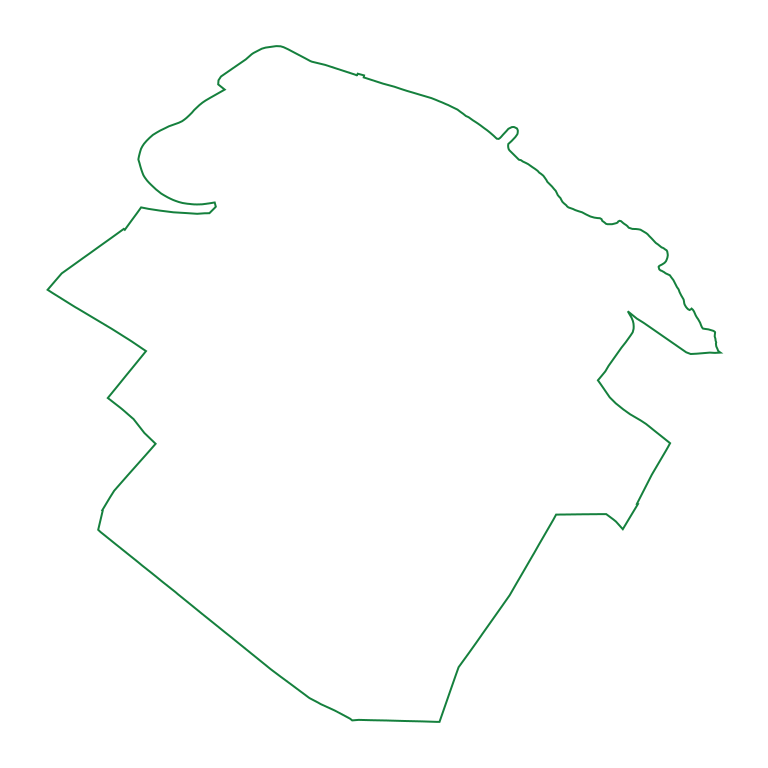 Comuna 14, Ciudad de Buenos Aires, Argentina (Albers equal-area conic projection)
{"feature_id": "61730980B11409583290546", "entity_name": "Comuna 14", "entity_type": "district", "adm_level": 2, "iso_a3": "ARG", "parent_name": "Argentina", "parent_adm1": "Ciudad de Buenos Aires", "projection": "albers", "projection_center": [-58.419, -34.574], "detail": "fine", "context": "isolated", "style": "outline", "palette": "green", "viewbox_px": 768, "rotation_deg": 0, "n_neighbors": 0, "source": "geoboundaries", "source_scale": "gbopen_adm2", "svg_char_len": 5619}
<svg xmlns="http://www.w3.org/2000/svg" viewBox="0 0 768 768"><path d="M102.2,510.4L102.7,510.7L98.2,529.8L100.5,532.0L113.7,542.6L138.4,562.4L142.0,565.4L153.1,574.2L162.2,581.6L171.4,588.9L172.7,589.9L175.7,592.3L178.0,594.3L189.0,603.2L200.3,612.4L201.9,613.7L210.5,620.6L221.8,629.7L224.5,631.9L232.7,638.4L232.9,638.6L245.6,648.9L259.1,659.8L270.2,668.8L272.8,670.8L281.2,677.1L281.5,677.3L283.4,678.7L296.2,688.2L308.8,697.6L309.7,698.2L318.1,702.6L320.7,704.1L334.7,710.5L350.1,718.7L352.2,720.4L358.4,719.9L359.6,719.9L371.0,720.2L387.0,720.5L390.2,720.6L404.7,721.0L422.2,721.4L437.6,721.9L439.5,721.9L445.2,705.5L450.8,689.4L455.8,675.1L458.6,667.2L468.9,653.0L476.6,642.2L481.5,635.2L482.3,634.0L483.1,632.9L496.6,613.8L509.7,595.2L516.6,583.2L522.2,573.6L532.8,555.3L534.0,553.3L538.8,544.8L553.4,519.6L556.1,514.6L565.7,514.5L581.5,514.3L605.0,514.1L606.2,514.1L613.3,519.4L614.9,520.7L615.9,521.5L622.8,529.2L630.0,517.2L637.9,504.1L636.9,503.9L651.7,474.9L653.5,471.8L665.8,450.9L667.8,447.4L670.1,443.2L654.3,430.6L646.1,424.0L640.6,420.4L630.0,414.2L623.3,409.4L615.7,403.3L609.7,397.3L600.7,384.2L597.9,380.3L599.6,378.3L605.3,371.4L608.6,365.8L621.5,347.6L625.7,342.3L630.7,335.3L632.7,332.3L633.6,328.8L633.7,326.5L633.5,323.6L632.9,321.0L631.6,317.8L627.8,311.3L637.1,318.8L638.0,319.3L643.6,322.8L648.7,326.3L686.2,352.3L690.7,354.0L696.6,353.7L709.9,352.6L714.7,352.9L720.4,352.6L719.1,351.7L718.1,350.7L717.3,348.6L716.3,346.5L715.9,343.7L716.2,342.5L715.6,340.6L715.4,338.7L714.7,336.4L714.8,335.0L715.1,332.4L714.9,331.9L713.5,330.9L708.5,329.4L705.0,328.9L703.0,328.6L702.0,327.4L701.1,325.4L700.1,322.7L698.0,319.0L696.9,317.5L695.7,315.4L694.8,313.3L694.0,311.5L692.9,309.8L691.6,308.6L690.9,309.3L689.6,310.0L688.2,309.3L687.2,308.4L685.9,306.8L684.6,304.5L684.2,303.1L684.0,301.5L683.6,299.5L681.2,295.4L679.6,292.2L678.6,289.4L676.9,287.0L673.4,280.1L671.1,277.1L669.9,275.3L668.6,274.7L667.1,274.0L665.6,273.3L664.0,272.1L662.5,271.3L661.5,270.7L660.6,270.5L659.3,269.4L658.6,266.9L659.0,266.2L660.0,265.5L662.0,264.5L663.9,263.3L664.7,262.7L666.0,261.2L666.8,259.3L667.4,257.6L667.8,255.2L667.6,253.6L667.2,251.4L666.5,250.2L665.9,249.9L665.0,249.3L664.0,248.5L662.8,247.8L661.6,247.4L660.0,246.1L657.8,244.3L656.0,243.1L654.9,242.0L652.8,239.7L651.4,238.2L649.2,236.0L647.7,234.3L646.2,233.1L643.5,231.5L640.5,229.7L638.5,229.3L635.8,229.0L634.7,229.0L632.3,228.9L628.7,227.7L627.4,226.1L626.5,225.4L625.9,224.9L624.6,224.1L623.0,222.9L621.1,221.2L619.6,220.8L618.3,221.4L617.5,222.6L616.1,223.2L612.1,224.2L607.5,224.2L606.0,223.8L604.9,222.8L603.6,221.8L602.3,220.9L601.5,219.1L599.9,218.2L597.8,218.1L594.3,217.6L590.4,216.5L586.0,214.4L582.1,212.3L578.5,211.2L575.3,210.1L573.0,209.0L568.4,207.4L567.0,206.3L566.4,205.4L563.9,203.3L562.4,201.8L561.4,200.0L560.4,198.0L559.1,196.7L557.7,195.0L556.9,193.2L555.7,190.8L554.3,189.3L552.0,186.5L547.3,181.8L546.5,180.2L545.6,178.9L544.7,177.6L543.3,175.7L541.1,173.9L539.2,172.6L537.7,170.9L535.2,169.0L531.9,166.8L528.1,164.1L526.0,163.0L522.8,161.5L521.0,160.2L518.9,159.7L509.6,150.5L508.8,149.4L508.3,147.8L508.1,145.8L508.3,144.0L509.4,143.0L511.5,141.1L515.3,137.1L517.3,134.3L517.6,133.3L517.8,131.7L517.8,130.4L517.4,129.4L517.0,128.5L515.3,127.6L514.2,127.1L513.2,127.0L511.8,127.1L510.2,127.9L508.4,128.8L506.4,131.1L503.1,134.6L501.2,136.8L500.0,138.0L498.7,138.9L496.8,138.7L495.8,137.8L493.6,135.7L489.9,132.5L486.9,130.1L484.5,128.4L480.4,125.3L477.7,123.4L475.1,121.7L472.9,120.3L470.4,118.5L468.6,117.2L465.9,116.0L463.2,113.8L460.5,111.9L457.5,109.6L455.0,108.4L451.3,106.6L448.1,105.0L446.1,104.2L442.3,102.5L439.0,101.2L436.2,100.0L431.4,98.1L427.3,96.9L424.3,96.0L420.2,94.8L413.2,92.7L407.0,90.9L401.4,89.1L394.3,86.7L382.9,83.6L363.7,77.4L364.1,75.4L357.7,73.7L357.1,75.2L356.7,75.3L355.0,74.6L325.2,64.9L311.9,61.7L310.2,61.0L305.4,58.4L291.5,51.1L288.7,49.6L287.9,49.2L283.6,47.2L280.6,46.3L276.3,46.1L265.6,47.6L261.8,48.7L253.5,53.0L251.6,54.3L245.8,59.4L232.4,68.6L221.0,76.5L218.5,80.3L218.2,84.4L224.7,89.6L212.0,96.8L210.2,97.8L208.7,98.7L205.6,100.5L202.5,102.6L199.4,105.1L195.9,108.4L194.1,110.1L192.0,112.6L189.2,115.4L186.5,117.9L184.5,119.5L182.1,121.2L178.7,122.8L174.5,124.3L168.9,126.3L164.9,128.3L160.3,130.5L156.8,132.5L152.9,134.9L149.6,137.8L146.6,140.8L144.0,143.8L142.3,146.4L141.0,148.9L140.0,152.2L139.0,156.1L138.5,158.6L138.4,159.6L139.0,161.6L139.4,162.8L139.9,164.7L140.5,166.9L141.5,170.1L142.6,173.2L143.5,175.4L144.8,177.5L147.1,180.6L149.0,182.7L151.0,184.7L152.9,186.5L156.1,189.5L158.5,191.4L161.1,193.5L163.9,195.2L167.6,197.3L170.4,198.7L173.0,199.9L175.6,200.9L178.8,202.0L182.6,203.0L187.1,203.7L188.0,203.8L189.2,203.9L190.1,204.0L191.7,204.2L193.1,204.3L194.2,204.4L195.0,204.4L195.8,204.4L197.0,204.5L198.0,204.4L198.7,204.4L199.7,204.4L200.9,204.3L202.0,204.3L203.1,204.2L204.4,204.0L205.3,203.9L206.2,203.8L207.4,203.6L208.3,203.5L209.6,203.3L210.9,203.1L212.7,202.8L213.8,202.6L214.7,202.5L215.8,206.7L214.8,207.8L209.4,213.2L204.3,213.3L197.2,213.8L186.7,213.1L173.4,212.3L159.9,210.6L148.7,208.9L141.1,207.4L138.9,210.5L137.1,213.0L131.5,220.6L124.8,229.8L123.8,228.9L111.6,237.7L100.1,245.9L89.4,253.6L82.9,258.2L78.6,261.3L68.0,268.9L62.4,272.9L61.7,273.4L55.4,280.7L47.6,289.8L52.4,292.9L71.3,304.7L75.5,307.3L77.8,308.6L87.2,314.2L109.5,327.5L111.7,328.8L119.8,333.9L124.7,337.0L128.7,339.5L131.8,341.5L146.0,351.1L134.7,365.0L126.2,375.4L117.7,385.9L107.8,398.0L120.3,407.7L122.5,409.5L132.6,418.3L133.4,418.9L144.4,433.0L155.6,443.8L148.6,451.8L136.6,465.3L127.8,475.2L114.2,490.7L110.1,497.2L102.2,510.4Z" fill="none" stroke="#15803d" stroke-width="2"/></svg>